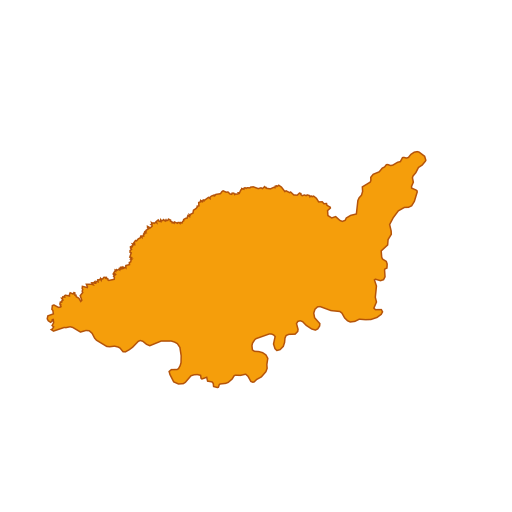 the district of La Victoria (Pacoa), Amazonas, Colombia, rotated 126°
{"feature_id": "7082276B65279517003270", "entity_name": "La Victoria (Pacoa)", "entity_type": "district", "adm_level": 2, "iso_a3": "COL", "parent_name": "Colombia", "parent_adm1": "Amazonas", "projection": "orthographic", "projection_center": [-71.093, -0.129], "detail": "fine", "context": "isolated", "style": "filled", "palette": "amber", "viewbox_px": 512, "rotation_deg": 126, "n_neighbors": 0, "source": "geoboundaries", "source_scale": "gbopen_adm2", "svg_char_len": 6154}
<svg xmlns="http://www.w3.org/2000/svg" viewBox="0 0 512 512"><g transform="rotate(126 256 256)"><path d="M435.9,378.4L435.8,375.7L426.6,369.2L425.7,367.7L422.5,364.8L421.5,362.2L420.7,353.3L416.2,349.8L414.5,347.0L414.9,343.1L417.3,338.3L417.9,335.6L416.9,323.6L415.4,321.0L412.1,317.5L410.7,314.1L410.4,311.9L411.6,307.3L410.3,305.3L406.4,303.5L402.3,302.2L394.3,301.1L392.4,300.0L391.5,297.4L391.8,292.7L391.0,289.2L380.5,282.7L374.6,274.6L373.5,271.3L373.1,268.1L374.7,263.8L380.7,257.9L386.3,254.0L389.3,252.9L392.7,252.5L394.2,253.1L397.7,257.7L400.5,258.4L402.5,255.9L406.2,248.6L405.1,243.5L402.0,239.8L399.7,238.9L391.1,238.2L388.5,236.3L386.4,233.8L385.1,230.7L387.2,228.6L387.3,227.5L383.1,224.6L385.7,221.6L383.7,217.6L384.2,215.7L386.5,213.6L385.1,209.9L384.2,209.3L381.8,210.1L380.6,209.8L376.9,205.7L374.6,204.2L369.6,203.0L365.8,203.3L364.6,202.7L361.7,198.4L357.7,194.9L358.0,191.8L360.5,186.4L360.0,184.4L359.0,183.5L355.5,182.9L350.6,180.6L343.8,180.0L340.3,181.0L337.5,183.4L331.9,186.3L330.2,189.8L330.3,193.8L331.7,197.6L334.0,201.2L334.1,203.7L330.9,206.6L328.5,207.6L324.2,207.8L322.7,207.3L311.2,199.4L310.0,197.6L309.5,195.4L309.9,193.2L316.9,190.1L319.8,186.2L320.2,183.6L317.6,181.5L313.1,180.8L309.1,182.1L305.4,184.3L302.6,184.9L300.1,183.4L296.2,178.4L292.5,177.9L290.6,178.9L286.9,183.5L284.3,183.7L282.4,182.2L281.7,179.7L282.6,174.6L282.3,168.0L281.0,164.4L278.7,163.2L275.2,163.4L273.2,164.6L271.5,172.3L268.3,175.7L264.4,177.0L260.9,176.3L259.2,174.3L256.1,163.3L251.6,155.5L251.7,152.9L254.0,147.9L254.6,143.9L254.0,141.0L250.8,137.6L246.4,135.3L243.1,129.9L239.8,125.7L234.6,122.0L229.6,120.4L226.8,120.8L225.7,123.1L229.2,127.8L228.9,130.0L222.4,131.5L219.3,135.2L209.5,140.9L205.7,146.2L204.6,145.8L202.8,140.8L200.2,138.9L197.0,139.4L191.6,143.9L190.4,144.0L188.9,143.0L187.8,143.6L185.4,145.2L183.8,147.4L184.1,151.8L183.1,153.6L178.3,157.7L169.7,156.0L165.1,158.8L158.9,159.3L156.4,161.3L152.0,166.4L144.4,167.5L135.8,167.4L129.5,164.5L127.0,161.3L123.9,159.6L118.7,160.0L109.5,163.2L108.6,164.1L108.6,165.4L109.6,170.0L108.2,171.1L103.8,172.1L100.8,175.4L99.1,176.0L94.6,175.7L88.9,176.6L84.7,175.0L79.7,174.7L78.7,174.9L76.2,178.2L76.1,185.2L76.8,186.9L79.0,189.0L82.7,190.4L86.7,190.6L88.4,191.9L89.3,194.3L90.3,195.3L94.8,194.7L96.9,196.5L102.2,198.8L103.7,200.3L104.6,203.2L105.5,204.2L108.4,204.3L110.7,205.5L115.5,205.8L121.0,209.2L124.9,209.4L127.3,207.5L129.0,207.0L137.6,210.6L141.1,207.7L144.8,206.4L148.3,206.8L151.2,206.2L163.0,199.5L167.5,203.3L172.2,205.3L174.7,204.8L177.3,206.5L177.9,209.1L177.3,214.7L180.7,217.1L181.0,221.6L177.2,224.8L173.5,224.0L172.9,224.6L173.3,228.4L172.1,229.8L173.8,231.8L173.2,234.2L175.4,237.1L173.8,241.1L173.7,244.6L174.9,245.3L174.8,246.2L175.4,246.4L175.6,247.4L176.3,247.3L175.7,248.4L176.5,250.5L177.7,250.9L178.2,252.7L180.1,254.1L179.9,256.0L179.1,256.4L179.5,257.8L182.6,258.4L184.4,261.3L183.9,265.6L185.0,266.1L185.6,270.0L186.9,270.5L185.3,275.9L185.4,279.2L187.5,279.9L187.2,280.7L188.3,281.5L189.6,280.8L189.9,281.9L193.2,283.8L195.2,287.5L194.6,288.1L195.1,288.9L194.8,289.8L197.7,290.4L197.9,292.0L200.2,293.8L201.6,298.8L203.4,300.8L204.5,301.0L206.0,303.3L207.1,303.7L207.2,305.0L208.3,305.6L209.1,305.1L209.8,307.2L210.4,306.7L211.3,307.1L214.6,306.5L215.2,307.4L215.5,306.5L217.1,307.7L218.0,309.2L218.8,309.3L218.2,310.9L219.2,312.3L220.4,311.9L221.1,313.3L220.7,316.3L221.9,317.6L222.6,320.9L223.9,321.4L226.5,321.4L229.8,324.7L231.7,324.8L232.0,325.2L231.4,325.8L233.8,327.3L235.6,327.8L236.5,327.0L236.5,328.9L240.8,330.3L241.5,331.4L242.0,330.6L243.1,332.1L243.7,331.4L244.2,332.5L243.9,333.3L245.0,332.8L246.4,333.8L249.0,331.7L250.3,332.9L250.9,332.3L252.8,332.4L255.7,333.5L258.3,332.2L260.8,333.5L261.8,333.2L261.8,334.4L263.2,333.1L263.3,334.9L266.0,334.0L266.6,334.9L269.0,336.0L269.9,335.2L271.2,335.7L272.8,335.3L273.3,336.8L274.3,336.5L274.1,338.0L274.9,338.9L275.7,338.8L276.4,342.0L277.6,341.5L277.7,343.0L278.4,343.3L277.7,344.4L278.2,345.6L277.2,346.2L277.6,348.5L279.0,348.3L280.0,349.2L279.6,350.1L281.1,350.0L280.9,352.2L282.2,352.3L282.7,353.5L283.5,353.2L283.0,354.3L284.3,353.6L284.9,354.9L284.3,356.3L286.8,357.0L287.5,356.0L287.5,357.0L289.4,357.5L289.7,358.8L290.6,359.2L290.5,360.0L291.3,359.1L292.3,359.4L292.0,358.4L293.1,357.5L295.4,358.1L295.8,361.2L296.8,360.4L296.0,359.2L296.3,358.6L299.7,360.0L300.8,359.4L301.0,360.1L301.9,360.3L302.5,360.0L302.3,358.9L303.6,359.9L303.8,359.2L305.0,359.5L305.9,358.6L306.9,360.1L308.0,359.2L307.8,360.8L309.5,360.3L311.2,361.3L314.0,361.5L314.3,362.6L317.3,362.6L317.1,361.7L318.2,360.8L318.9,362.9L319.3,361.8L320.4,362.2L321.0,361.5L322.2,361.8L321.7,362.6L322.3,363.0L323.3,362.2L323.8,360.6L325.6,361.1L327.1,360.0L326.8,358.8L331.1,357.4L330.4,355.8L332.2,355.7L331.5,354.6L332.5,354.8L334.5,353.9L335.7,354.7L337.3,353.3L340.2,355.7L342.1,354.3L342.0,355.2L343.2,355.6L343.1,356.6L344.0,356.0L345.0,356.8L343.6,357.7L344.8,359.0L345.4,358.8L345.1,357.7L346.4,357.9L346.5,358.9L347.4,358.2L347.4,359.2L349.2,360.0L349.1,360.9L350.0,360.8L350.1,361.5L350.9,360.5L351.2,361.3L353.4,361.1L353.4,359.6L354.6,360.7L354.8,359.8L354.2,358.9L356.1,359.3L356.5,358.0L358.2,357.0L362.3,360.7L362.4,361.6L361.6,362.4L362.0,363.5L361.3,364.3L362.4,364.7L361.9,365.6L362.8,366.6L364.6,366.5L365.2,367.4L366.5,367.0L365.5,368.6L367.0,368.4L368.3,370.0L369.7,368.6L370.0,369.8L371.3,370.2L372.2,369.6L372.7,370.3L371.5,371.3L373.1,371.6L374.2,373.1L375.0,370.9L375.5,372.4L378.6,376.6L380.0,374.2L380.7,373.9L382.6,378.6L384.4,377.6L385.0,376.4L386.6,376.0L387.4,374.7L391.4,374.9L394.2,370.9L395.8,371.1L394.3,374.4L394.6,377.6L393.5,378.6L394.1,379.6L392.3,380.9L392.6,381.8L394.2,381.6L395.0,384.7L397.0,384.2L398.0,383.4L399.8,387.2L400.9,387.5L401.7,386.6L402.5,388.3L403.8,387.8L404.4,388.5L405.1,386.3L406.4,386.7L407.6,386.1L408.2,387.2L410.2,386.4L410.2,385.2L411.1,385.1L411.4,384.1L412.1,384.0L413.7,385.6L414.4,390.7L415.8,391.6L419.1,389.8L419.5,388.3L421.9,385.9L426.8,389.2L429.5,388.0L430.5,386.0L430.4,383.2L428.9,382.7L427.2,383.4L426.5,382.7L428.9,380.5L432.1,380.1L432.3,378.0L434.8,377.9L435.9,378.4Z" fill="#f59e0b" stroke="#b45309" stroke-width="1.5"/></g></svg>